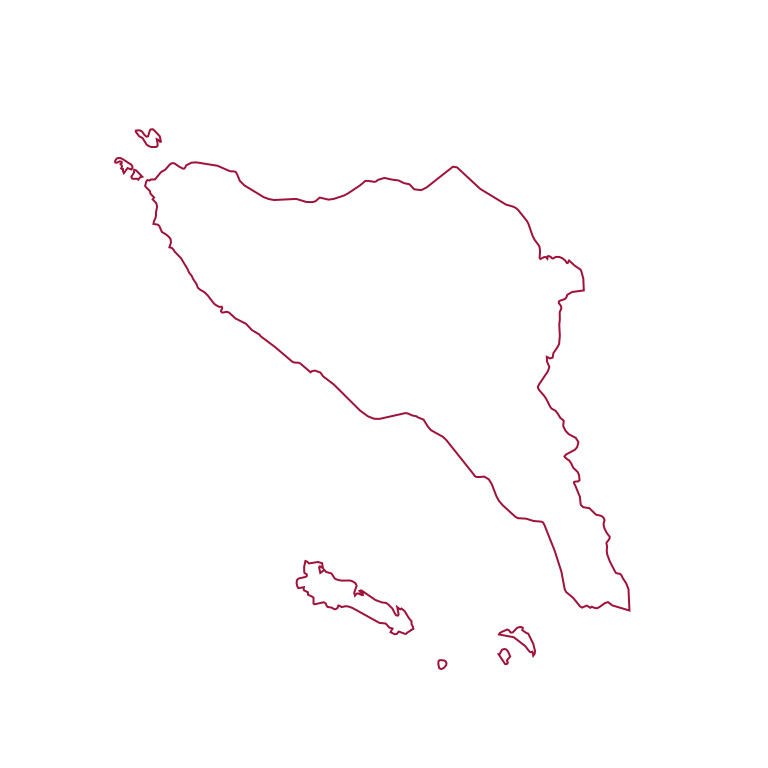 Aceh, Natural Earth projection, rotated 348°
{"feature_id": "IDN-1136", "entity_name": "Aceh", "entity_type": "Autonomous Province", "adm_level": 1, "iso_a3": "IDN", "parent_name": "Indonesia", "parent_adm1": "", "projection": "natural_earth1", "projection_center": [96.646, 3.962], "detail": "fine", "context": "isolated", "style": "outline", "palette": "rose", "viewbox_px": 768, "rotation_deg": 348, "n_neighbors": 0, "source": "natural_earth", "source_scale": "10m", "svg_char_len": 6155}
<svg xmlns="http://www.w3.org/2000/svg" viewBox="0 0 768 768"><g transform="rotate(348 384 384)"><path d="M577.0,656.6L561.4,648.1L557.7,643.9L554.7,644.2L547.7,647.2L545.9,647.6L543.7,647.0L540.9,645.0L539.3,645.8L536.3,642.9L531.3,643.9L529.6,642.4L524.5,632.4L518.9,625.4L518.1,622.4L518.5,604.6L516.3,582.8L511.6,555.2L510.8,552.5L509.4,551.4L501.8,549.1L495.1,545.3L486.8,543.0L484.5,540.7L474.8,527.1L472.3,522.5L470.7,517.6L468.6,504.5L466.7,499.0L462.7,495.4L458.2,494.9L455.0,494.1L453.5,492.8L452.8,490.8L433.2,451.6L430.7,448.0L420.3,438.9L417.9,434.4L415.3,427.1L409.7,423.3L409.2,422.4L405.2,420.7L401.2,417.8L398.9,416.9L372.3,417.2L367.0,415.9L361.6,412.3L355.1,405.1L335.0,374.3L326.0,363.8L324.2,359.6L319.2,356.5L315.9,356.5L314.6,357.3L306.6,346.7L304.6,345.3L302.1,344.8L299.3,343.6L285.2,325.3L273.3,311.7L272.4,309.7L266.0,303.8L261.6,296.5L252.4,289.1L247.1,281.7L244.8,280.6L241.7,280.7L240.3,280.3L239.7,279.0L240.0,278.1L241.3,276.7L241.6,275.8L241.3,274.7L238.8,274.3L235.2,271.1L233.7,268.6L230.2,261.1L227.5,256.9L223.9,253.7L221.9,251.1L221.5,248.0L220.8,245.7L219.2,241.8L218.4,238.3L216.5,234.5L215.7,230.6L211.6,218.8L206.8,211.1L205.9,208.6L204.7,206.7L202.5,205.7L205.0,201.4L205.4,198.0L204.0,195.1L201.6,192.1L198.3,189.0L197.1,182.9L196.1,181.2L191.8,179.5L192.6,177.3L194.8,174.4L196.1,171.6L196.4,169.3L198.8,163.7L199.0,161.3L198.5,159.2L196.1,155.3L197.9,153.8L195.1,149.3L195.2,146.8L192.4,142.5L191.5,140.6L193.6,136.4L195.1,135.3L197.1,136.3L198.6,135.5L202.5,136.3L209.9,130.4L214.4,129.0L220.2,124.7L222.7,123.9L225.0,124.7L228.7,128.7L232.1,131.5L233.2,131.8L234.5,130.9L236.2,128.9L241.8,127.5L246.5,128.2L266.5,135.9L276.8,143.3L278.9,144.3L281.1,144.7L283.1,145.8L284.0,148.6L285.2,155.3L288.8,160.8L305.3,176.3L309.7,179.1L314.8,181.2L336.6,184.7L346.1,189.9L352.0,191.2L355.0,191.0L359.9,188.3L368.0,192.1L373.3,192.5L384.3,191.3L388.9,189.9L402.2,184.6L407.9,181.5L410.6,182.0L416.7,184.3L418.4,184.2L420.4,183.1L427.2,182.5L434.7,185.9L440.5,187.9L445.2,191.6L450.5,194.0L454.0,199.8L460.7,202.1L466.3,200.7L496.6,185.8L500.5,187.3L518.8,213.3L540.8,234.0L546.6,237.0L549.3,239.0L551.3,241.5L557.6,254.1L558.5,256.9L560.1,269.7L561.2,274.0L564.3,280.8L564.6,282.4L564.3,286.4L562.4,293.1L563.0,294.3L566.9,293.2L568.6,293.4L569.8,295.4L570.6,293.2L571.5,293.0L573.5,294.3L574.4,295.9L575.3,296.4L578.5,295.4L581.7,296.1L584.6,298.0L586.8,300.7L588.1,303.8L588.9,303.8L590.7,301.7L595.3,308.1L600.0,312.9L600.4,314.4L600.9,322.2L598.9,334.0L587.1,333.1L581.8,334.9L580.3,337.3L578.7,338.5L573.4,339.1L572.2,339.7L571.8,341.3L573.2,344.1L573.4,345.5L573.0,347.2L570.8,350.3L569.4,357.4L567.8,362.3L566.0,373.4L563.6,381.3L561.6,383.8L556.2,388.9L554.4,393.3L551.7,393.5L548.9,391.3L548.1,395.9L549.3,401.6L547.1,405.5L535.6,416.6L533.9,418.8L533.9,420.5L534.7,422.5L538.2,428.9L539.6,432.3L541.8,440.7L542.7,442.8L546.2,445.8L547.7,448.9L549.5,454.0L551.7,456.5L552.1,457.6L550.7,461.7L550.7,463.3L552.0,467.8L554.2,471.4L560.3,476.5L562.1,481.2L559.9,485.8L557.1,488.0L548.4,490.5L546.6,491.3L545.4,492.4L546.3,494.2L549.4,497.6L550.6,500.7L551.7,505.3L555.1,510.3L555.6,512.3L555.8,514.0L555.3,518.7L553.9,519.6L550.6,519.2L549.6,519.3L549.3,519.8L549.3,520.9L550.0,523.2L552.2,535.3L551.4,541.7L551.6,543.6L553.3,545.9L559.1,548.2L564.2,555.9L568.4,557.8L569.9,559.0L571.1,560.8L571.4,563.0L569.8,566.1L569.4,568.7L569.7,571.5L571.0,576.2L573.0,580.3L572.7,581.6L571.4,583.2L568.7,585.4L568.4,586.4L568.5,589.1L567.2,593.4L566.9,597.1L568.0,604.5L570.9,615.2L571.8,617.3L575.4,618.8L576.4,620.2L577.3,623.8L579.4,629.2L580.5,635.4L577.0,656.6ZM361.6,621.9L361.0,624.5L361.8,627.4L361.8,629.7L358.8,630.3L359.8,630.3L355.1,632.0L353.8,632.9L352.6,632.8L347.0,629.2L344.6,631.1L342.4,631.0L338.8,628.1L341.5,625.0L338.6,623.4L335.8,618.6L329.8,616.7L306.7,596.6L303.6,594.6L300.6,593.4L296.1,593.4L294.2,591.5L293.3,591.2L292.0,593.4L290.0,594.2L288.8,594.1L286.2,591.8L282.4,590.3L281.8,589.0L281.3,586.4L279.7,585.0L270.1,585.0L269.4,584.1L270.6,578.6L269.9,577.4L265.9,574.3L266.3,571.9L262.8,569.2L262.8,567.6L263.4,566.1L257.8,565.9L257.1,563.9L257.1,560.7L258.0,557.8L260.1,556.5L267.2,556.4L268.7,555.6L268.9,554.2L266.9,552.3L267.0,550.7L267.8,546.5L270.3,540.8L271.6,541.5L273.3,543.9L282.5,544.4L286.2,546.4L286.0,551.4L283.4,549.0L282.4,549.8L282.4,555.6L287.0,553.4L288.3,555.8L293.2,558.4L295.5,564.2L298.4,566.2L301.7,567.5L310.0,569.2L312.1,570.4L314.7,572.9L315.3,575.7L311.5,581.8L311.6,585.0L313.7,583.3L315.2,583.5L318.7,586.0L319.4,586.1L319.7,585.0L319.3,584.0L317.5,582.5L317.0,581.3L318.9,581.1L330.6,593.4L336.5,597.2L340.6,598.6L342.5,600.8L345.6,605.5L346.8,610.4L347.8,612.8L349.7,613.4L350.4,612.3L350.6,605.0L352.5,607.4L353.3,607.8L354.3,607.2L356.9,610.3L359.7,618.3L361.6,621.9ZM473.2,658.2L476.0,669.4L476.2,676.7L475.3,679.1L473.5,680.8L473.5,676.7L471.4,676.8L470.1,674.9L467.7,669.8L458.3,658.7L444.4,652.9L445.3,651.8L447.4,651.0L453.5,649.8L455.0,650.9L456.2,653.5L458.4,653.7L463.5,650.2L465.9,649.9L468.1,650.4L469.1,651.6L468.1,653.5L471.4,657.1L473.2,658.2ZM210.8,86.7L212.0,88.2L216.2,95.1L216.2,100.5L215.3,100.5L214.3,98.7L212.6,97.3L212.5,102.3L211.9,104.1L210.3,104.8L205.6,103.8L203.4,102.4L201.6,100.5L198.9,93.1L196.1,90.9L193.7,85.8L193.9,84.6L196.7,84.8L198.3,85.4L199.8,86.7L201.6,90.8L203.1,92.7L204.8,92.6L207.2,88.1L208.5,86.5L210.8,86.7ZM180.7,115.2L182.2,116.6L183.1,118.3L182.9,120.0L181.6,121.7L178.0,119.5L173.4,123.7L172.9,121.7L173.4,119.5L172.1,119.1L171.7,118.5L173.0,116.8L173.0,115.8L171.9,114.1L173.5,113.2L173.5,112.0L171.9,111.3L168.5,112.0L167.1,111.4L167.3,110.1L168.5,108.6L169.9,107.7L173.1,108.1L176.1,110.6L181.6,116.2L180.7,115.2ZM450.8,676.7L447.1,679.6L446.7,680.3L447.2,682.3L446.0,683.4L444.3,683.2L439.9,672.2L440.8,672.4L444.1,668.5L446.7,668.2L448.5,669.2L449.7,671.4L450.8,676.7ZM186.0,123.6L190.7,131.0L188.1,131.2L186.1,133.1L184.7,131.7L181.6,131.3L180.2,130.5L179.9,128.9L183.4,125.2L184.2,122.5L186.0,123.6ZM381.3,665.7L385.3,666.9L386.7,668.2L387.1,670.0L386.3,672.1L383.4,674.2L380.7,674.8L378.9,673.3L378.9,669.3L379.4,667.3L380.0,666.1L381.3,665.7Z" fill="none" stroke="#9f1239" stroke-width="2"/></g></svg>